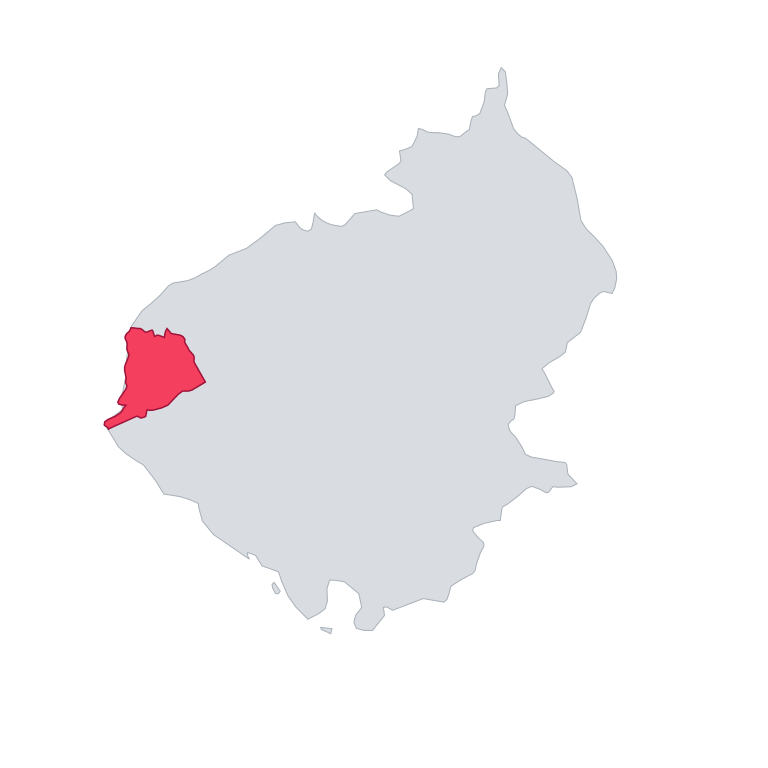 Cambodia, with Bântéay Méanchey highlighted, rotated 331°
{"feature_id": "KHM-1777", "entity_name": "Bântéay Méanchey", "entity_type": "Province", "adm_level": 1, "iso_a3": "KHM", "parent_name": "Cambodia", "parent_adm1": "", "projection": "mercator", "projection_center": [102.955, 13.824], "detail": "fine", "context": "in_parent", "style": "filled", "palette": "rose", "viewbox_px": 768, "rotation_deg": 331, "n_neighbors": 0, "source": "natural_earth", "source_scale": "10m", "svg_char_len": 4195}
<svg xmlns="http://www.w3.org/2000/svg" viewBox="0 0 768 768"><g transform="rotate(331 384 384)"><path d="M639.9,164.1L641.5,169.8L637.2,180.6L632.8,190.3L624.4,198.8L624.0,205.1L621.1,223.8L622.2,229.7L624.1,234.8L626.9,237.6L634.2,255.8L640.8,272.4L647.3,286.1L648.5,294.7L642.5,316.5L635.5,336.5L636.1,346.5L639.1,356.5L642.3,369.8L643.5,386.8L641.7,397.9L638.6,404.7L632.5,411.8L627.3,415.4L620.9,409.4L615.9,409.1L609.2,410.9L603.8,413.7L593.0,424.0L581.0,434.1L564.4,436.7L558.0,444.1L551.1,445.2L537.9,445.5L529.4,447.3L529.8,451.0L529.1,468.7L529.2,472.9L527.9,474.0L522.0,474.5L511.9,471.8L498.3,467.4L488.6,466.7L483.6,474.4L480.7,477.5L477.0,477.9L473.2,479.3L471.9,482.7L471.5,487.0L473.4,494.4L474.1,506.1L473.6,514.0L477.2,519.1L497.9,536.0L504.1,540.2L504.8,542.8L501.2,552.0L504.4,564.9L497.9,564.6L487.0,559.1L481.8,555.7L475.5,558.4L473.3,557.9L469.1,551.5L463.5,545.0L457.8,544.6L445.7,547.2L433.3,549.0L428.6,548.9L426.7,550.1L419.5,559.8L416.5,558.1L404.0,554.4L392.6,553.0L390.3,555.5L391.7,563.4L394.2,571.1L392.7,574.4L386.4,578.4L378.2,585.7L373.1,591.4L369.6,592.8L357.0,592.5L344.5,593.3L339.5,598.6L334.8,602.8L330.7,603.9L314.3,590.7L281.8,586.1L278.3,580.2L275.2,579.1L272.2,586.7L254.3,594.0L246.8,589.6L241.3,584.2L242.2,577.7L247.3,572.4L256.2,568.6L260.3,555.2L253.6,538.0L247.6,533.0L241.4,529.1L234.8,535.5L229.3,546.4L223.5,552.0L215.4,553.2L203.4,552.8L198.8,536.5L197.3,522.5L198.9,506.5L200.7,497.1L189.2,484.0L188.6,471.6L183.0,465.1L181.4,468.4L181.5,472.0L180.0,469.4L161.8,432.8L158.8,415.9L161.9,402.8L163.7,398.4L158.5,391.5L151.1,383.7L138.1,373.5L137.3,357.2L134.4,338.1L130.4,331.6L124.5,319.8L121.3,310.1L120.2,284.2L121.8,282.1L131.0,281.3L142.9,279.5L144.7,275.3L142.6,271.8L150.2,266.0L161.1,253.1L169.4,239.7L175.5,231.2L179.1,222.8L191.3,210.8L208.1,202.6L219.5,200.6L231.4,197.8L242.8,193.8L248.2,193.4L262.3,198.3L269.9,199.5L278.0,199.4L286.3,199.9L293.5,199.4L310.9,196.1L329.2,198.7L345.7,196.6L366.0,192.7L375.9,195.2L385.0,199.1L386.3,207.0L388.4,210.6L391.4,213.4L395.5,213.4L400.6,207.9L405.0,202.2L406.4,201.1L406.6,204.0L408.7,210.1L412.6,216.2L416.5,220.2L423.1,225.6L427.3,225.8L441.2,220.8L462.0,228.1L464.4,231.8L471.2,239.3L478.5,244.6L494.7,245.0L500.5,231.8L497.7,223.7L488.4,209.7L485.9,201.5L488.8,200.0L504.5,198.5L507.1,196.8L510.5,187.7L514.8,188.8L523.5,189.9L532.7,183.7L538.1,177.2L541.1,180.2L544.3,184.8L547.9,187.4L554.5,191.3L561.8,196.9L566.3,202.3L570.0,204.4L579.3,202.9L581.8,203.1L587.2,196.5L591.0,193.0L594.2,194.0L598.9,193.9L608.6,185.5L614.2,177.8L617.2,175.7L625.9,179.6L629.4,178.8L634.4,168.2L639.9,164.1ZM192.7,515.0L190.9,515.9L189.2,515.9L187.5,514.4L187.7,508.5L188.9,505.0L191.8,504.3L192.7,515.0ZM219.9,572.7L216.3,576.6L210.4,568.5L210.5,566.2L219.9,572.7Z" fill="#d9dde1" stroke="#a8b0b8" stroke-width="1"/><path d="M133.4,281.9L139.5,281.4L141.4,280.7L146.1,278.0L147.9,277.5L144.4,275.1L142.3,273.0L142.4,270.8L145.6,268.4L155.7,263.4L158.0,261.4L158.4,260.4L158.6,258.3L158.8,257.2L159.3,256.4L161.1,254.1L161.9,252.3L163.6,246.7L165.4,243.4L167.9,241.0L173.7,236.4L175.1,234.7L175.5,233.4L175.4,231.9L175.8,229.5L176.5,227.9L178.6,224.9L179.3,223.2L179.5,221.2L179.6,219.8L179.6,219.4L180.0,217.7L181.6,216.1L183.2,215.3L186.9,214.3L188.6,213.3L189.8,212.2L191.2,212.8L195.9,216.3L197.0,216.8L197.5,217.2L198.1,217.8L198.9,219.2L199.7,221.5L200.4,222.7L200.7,223.1L201.3,223.4L202.4,223.7L207.2,224.3L207.4,224.5L207.5,225.1L207.5,225.5L206.5,230.7L206.6,231.3L207.1,231.4L207.6,231.3L208.1,231.3L209.0,231.2L209.3,231.3L210.6,232.3L214.5,236.7L217.3,233.2L218.8,231.8L221.1,230.3L222.4,236.4L222.5,236.7L223.1,237.3L229.1,242.2L229.8,242.9L231.2,245.2L231.5,248.5L230.2,250.0L229.9,252.3L230.1,256.8L229.9,260.1L231.3,266.1L231.1,268.0L230.0,270.2L229.0,271.5L228.5,273.0L228.7,295.7L213.4,296.2L210.3,295.6L207.7,294.4L205.4,293.0L204.2,292.6L199.2,293.2L186.0,297.3L184.5,297.7L177.9,297.1L169.3,294.9L166.1,293.3L164.4,291.7L162.8,293.2L162.0,294.4L159.8,296.8L158.9,296.8L155.0,296.0L152.3,292.3L123.9,289.9L121.1,289.9L121.2,288.7L121.1,287.8L120.7,286.9L119.7,285.2L119.5,284.1L121.4,281.7L125.3,281.2L133.4,281.9Z" fill="#f43f5e" stroke="#9f1239" stroke-width="1.5"/></g></svg>